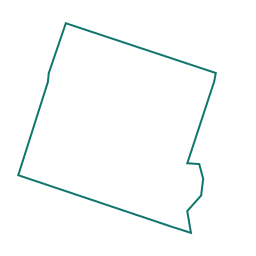 the district of Johnson, Illinois, United States of America, rotated 288°
{"feature_id": "52423323B78964381261335", "entity_name": "Johnson", "entity_type": "district", "adm_level": 2, "iso_a3": "USA", "parent_name": "United States of America", "parent_adm1": "Illinois", "projection": "mercator", "projection_center": [-88.906, 37.447], "detail": "fine", "context": "isolated", "style": "outline", "palette": "teal", "viewbox_px": 256, "rotation_deg": 288, "n_neighbors": 0, "source": "geoboundaries", "source_scale": "gbopen_adm2", "svg_char_len": 323}
<svg xmlns="http://www.w3.org/2000/svg" viewBox="0 0 256 256"><g transform="rotate(288 128 128)"><path d="M49.2,38.2L47.6,198.9L47.7,220.3L67.3,210.0L86.4,218.4L102.9,215.2L115.7,206.9L112.8,195.3L198.9,195.6L207.4,194.5L208.4,36.5L155.6,35.7L147.1,37.6L49.2,38.2Z" fill="none" stroke="#0f766e" stroke-width="2"/></g></svg>